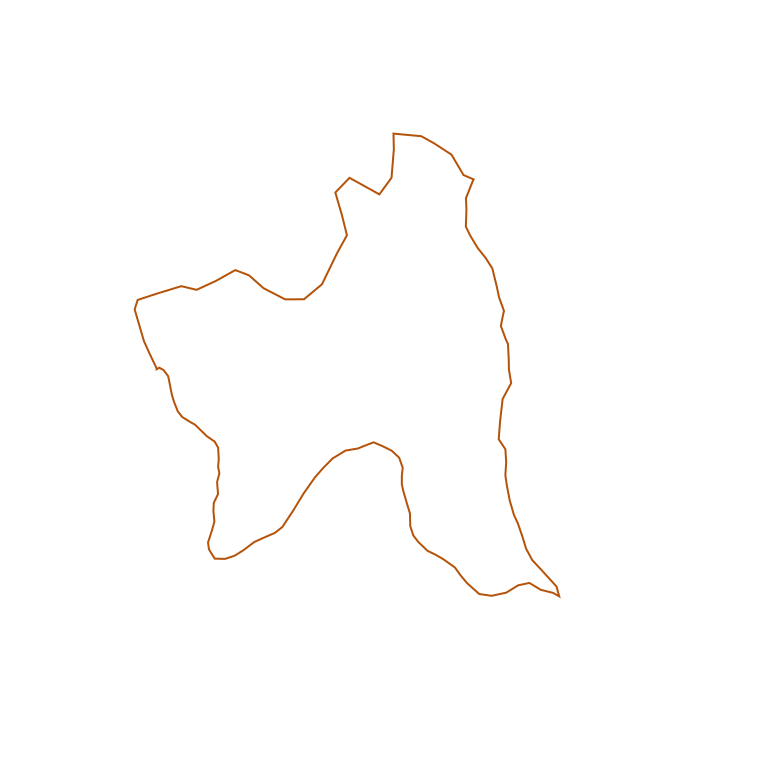 Agsu District, Ağsu, Azerbaijan, rotated 119°
{"feature_id": "54616110B12323901372431", "entity_name": "Agsu District", "entity_type": "district", "adm_level": 2, "iso_a3": "AZE", "parent_name": "Azerbaijan", "parent_adm1": "Ağsu", "projection": "robinson", "projection_center": [48.44, 40.562], "detail": "fine", "context": "isolated", "style": "outline", "palette": "amber", "viewbox_px": 768, "rotation_deg": 119, "n_neighbors": 0, "source": "geoboundaries", "source_scale": "gbopen_adm2", "svg_char_len": 1762}
<svg xmlns="http://www.w3.org/2000/svg" viewBox="0 0 768 768"><g transform="rotate(119 384 384)"><path d="M484.8,127.8L477.5,134.9L469.9,157.4L466.2,168.9L459.2,179.8L449.7,189.7L440.8,199.6L435.6,206.8L425.2,217.3L413.4,227.2L405.0,233.6L393.2,239.2L382.2,246.2L376.7,256.9L360.3,264.4L339.5,273.0L321.6,273.2L310.7,281.8L302.9,286.3L289.0,294.9L285.8,299.2L276.6,309.9L266.8,313.1L261.9,314.5L252.3,325.5L244.0,332.7L230.4,345.3L224.6,356.0L219.7,367.8L212.5,380.4L206.7,388.7L191.4,396.5L181.8,402.4L163.1,404.8L161.6,404.8L162.7,415.8L150.7,436.1L149.2,457.1L149.2,471.5L160.4,497.1L173.9,489.2L200.0,477.4L220.4,480.0L220.4,494.4L220.4,514.1L240.1,519.4L257.1,502.3L271.9,488.5L292.3,488.5L326.9,486.6L348.7,495.1L357.9,511.5L358.6,535.8L354.4,554.8L356.5,569.3L375.5,581.1L392.5,593.6L396.7,608.7L415.0,626.4L429.9,640.2L437.1,638.8L439.7,638.2L463.0,614.6L470.8,604.1L480.7,590.3L481.3,590.0L478.7,588.5L478.7,583.5L481.8,576.6L486.4,572.6L496.3,564.3L501.3,559.1L507.9,551.1L510.7,544.5L511.2,535.0L511.2,529.6L515.5,513.8L516.5,504.1L520.1,498.2L530.0,492.0L536.8,489.0L541.9,484.7L550.8,482.4L560.7,475.8L570.3,475.3L577.7,471.7L586.6,465.6L595.5,463.5L607.9,461.1L613.5,456.9L618.8,447.4L614.0,438.2L606.6,431.4L597.2,426.2L585.3,421.0L577.7,415.4L567.2,407.3L558.4,403.6L539.3,402.1L518.3,401.2L499.0,399.1L487.1,396.5L474.1,392.9L460.9,385.4L453.0,375.5L448.0,371.5L440.1,364.9L439.1,355.5L438.6,344.9L441.1,335.0L448.2,327.0L455.6,323.9L463.2,319.7L468.3,315.2L478.6,304.8L484.7,298.5L495.6,292.1L502.2,285.0L505.5,277.5L508.8,265.0L508.3,255.9L508.5,247.2L510.1,233.0L514.4,223.9L517.9,214.7L521.5,198.9L517.1,187.2L507.2,175.9L495.1,169.1L487.5,160.4L488.0,147.0L484.7,134.8L484.8,127.8Z" fill="none" stroke="#b45309" stroke-width="2"/></g></svg>